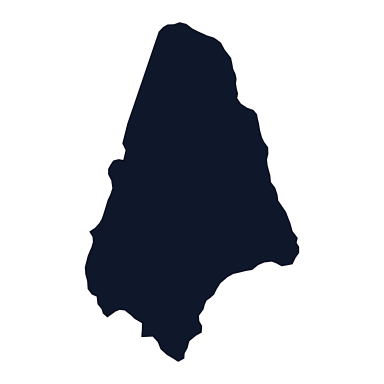 Simões Filho, Bahia, Brazil (Mercator projection)
{"feature_id": "56859067B37931035064590", "entity_name": "Simões Filho", "entity_type": "district", "adm_level": 2, "iso_a3": "BRA", "parent_name": "Brazil", "parent_adm1": "Bahia", "projection": "mercator", "projection_center": [-38.397, -12.766], "detail": "fine", "context": "isolated", "style": "filled", "palette": "ink", "viewbox_px": 384, "rotation_deg": 0, "n_neighbors": 0, "source": "geoboundaries", "source_scale": "gbopen_adm2", "svg_char_len": 1665}
<svg xmlns="http://www.w3.org/2000/svg" viewBox="0 0 384 384"><path d="M224.1,50.1L220.4,43.2L213.7,38.3L206.6,36.1L196.9,31.7L192.0,29.2L186.0,24.6L179.6,23.0L174.2,25.0L167.8,25.2L163.6,27.6L159.4,32.0L157.3,38.1L155.8,42.4L145.0,74.2L134.9,103.9L128.1,123.6L123.1,143.4L126.4,150.1L123.8,160.9L118.7,159.9L113.7,161.2L111.1,165.1L108.9,169.0L108.9,174.3L112.0,180.3L113.1,188.3L111.0,194.8L108.3,200.4L106.2,207.5L104.0,214.5L102.3,219.4L99.9,223.5L95.4,228.5L90.3,231.8L93.3,236.7L93.7,242.0L92.2,247.2L88.5,255.9L85.6,267.2L86.0,273.9L87.9,281.0L88.4,288.7L92.3,293.9L97.4,296.1L98.2,303.8L102.1,308.5L103.6,313.1L107.4,316.5L115.1,310.9L119.4,309.1L125.0,309.7L131.5,314.8L135.1,318.3L142.7,322.7L142.6,329.6L142.1,336.3L146.9,336.1L153.1,335.8L158.4,341.7L161.1,348.7L167.3,354.3L173.8,358.1L178.2,361.0L183.6,358.0L183.9,353.1L186.8,347.9L188.7,340.7L195.7,335.0L201.0,332.1L201.4,326.0L198.6,321.5L198.1,315.6L202.9,308.9L204.1,304.2L206.0,300.0L209.9,297.3L213.5,294.1L215.9,289.1L219.8,282.8L227.0,276.6L233.0,273.2L238.1,272.1L245.8,270.2L251.9,269.2L257.8,264.4L264.2,261.7L271.7,260.8L276.3,262.5L281.8,265.5L287.4,264.5L292.0,263.6L294.9,257.6L298.4,252.6L298.4,247.0L295.8,243.0L296.9,238.1L291.9,231.5L289.8,223.8L287.4,217.6L285.4,212.4L281.1,206.0L277.5,200.8L276.8,194.9L274.6,188.2L270.2,182.4L269.6,175.7L268.2,170.5L266.9,165.6L266.2,159.7L267.6,153.8L267.4,147.6L263.6,142.4L261.4,138.0L259.3,130.4L258.2,123.4L257.1,119.0L256.3,114.6L253.0,110.6L246.7,108.4L240.4,104.2L236.4,98.3L237.3,93.6L236.1,89.1L235.2,83.5L235.8,78.8L234.7,73.9L232.5,69.3L231.6,64.0L230.4,58.3L224.1,50.1Z" fill="#0f172a" stroke="#020617" stroke-width="1.5"/></svg>